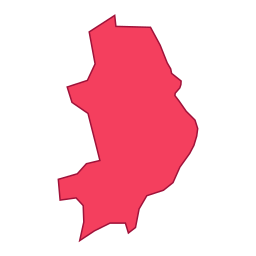 the border of Krimuldas
{"feature_id": "LVA-5768", "entity_name": "Krimuldas", "entity_type": "Municipality", "adm_level": 1, "iso_a3": "LVA", "parent_name": "Latvia", "parent_adm1": "", "projection": "mercator", "projection_center": [24.791, 57.268], "detail": "fine", "context": "isolated", "style": "filled", "palette": "rose", "viewbox_px": 256, "rotation_deg": 0, "n_neighbors": 0, "source": "natural_earth", "source_scale": "10m", "svg_char_len": 650}
<svg xmlns="http://www.w3.org/2000/svg" viewBox="0 0 256 256"><path d="M150.5,27.3L160.2,45.3L167.2,62.9L170.7,68.9L171.6,73.4L181.1,81.0L180.9,84.6L179.8,87.9L175.2,93.2L174.9,95.6L178.9,100.8L186.2,111.3L195.0,120.1L197.7,128.6L196.7,136.1L193.9,145.4L189.7,153.4L179.9,167.1L173.0,182.6L163.5,190.2L146.8,195.7L139.1,208.9L135.5,227.5L128.4,233.0L125.4,223.1L110.0,223.1L94.5,230.8L79.7,240.6L83.8,222.0L83.2,205.6L76.1,197.9L60.1,200.1L58.3,179.3L77.3,173.8L86.4,163.7L99.9,160.5L96.9,148.5L88.0,113.4L72.0,102.4L67.2,87.0L87.4,80.4L95.1,63.9L89.2,31.9L114.7,15.4L115.9,26.4L150.5,27.3Z" fill="#f43f5e" stroke="#9f1239" stroke-width="1.5"/></svg>